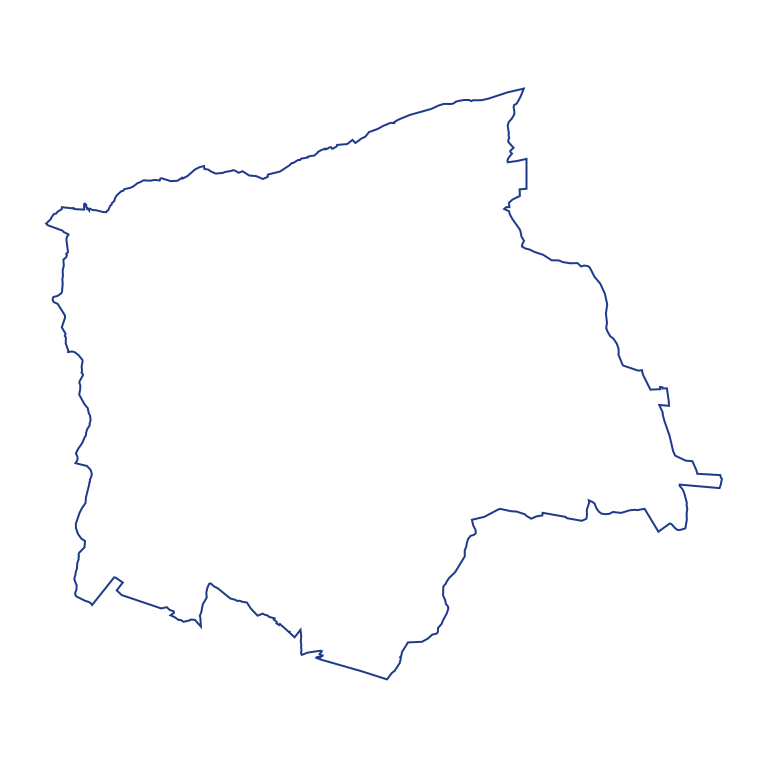 the district of Beceni, Buzau, Romania
{"feature_id": "2599482B57070891345270", "entity_name": "Beceni", "entity_type": "district", "adm_level": 2, "iso_a3": "ROU", "parent_name": "Romania", "parent_adm1": "Buzau", "projection": "natural_earth1", "projection_center": [26.787, 45.38], "detail": "fine", "context": "isolated", "style": "outline", "palette": "blue", "viewbox_px": 768, "rotation_deg": 0, "n_neighbors": 0, "source": "geoboundaries", "source_scale": "gbopen_adm2", "svg_char_len": 5991}
<svg xmlns="http://www.w3.org/2000/svg" viewBox="0 0 768 768"><path d="M436.7,633.6L437.9,631.9L438.0,628.1L441.8,623.6L442.8,620.7L446.8,613.3L448.3,608.8L448.1,606.7L445.9,603.9L445.1,599.9L443.1,595.6L443.3,586.6L446.0,583.3L446.8,581.4L449.1,578.0L455.2,572.1L464.8,556.3L464.7,550.6L466.3,546.5L466.8,543.1L468.1,539.1L470.5,535.9L474.0,534.8L475.8,533.2L475.5,529.8L473.3,525.6L471.9,519.8L484.4,516.8L498.4,509.4L500.3,508.9L511.0,511.2L516.7,511.6L524.9,514.3L526.1,515.6L531.1,518.7L536.5,516.4L542.4,515.4L542.6,512.8L565.7,516.9L566.4,517.9L567.6,518.3L581.8,520.8L586.3,518.8L586.5,518.2L587.0,514.7L586.8,509.7L589.3,502.4L588.8,500.4L592.3,501.9L594.6,503.6L596.4,508.2L598.7,511.5L601.4,513.6L605.3,514.2L609.5,513.8L612.8,512.0L621.1,512.9L629.7,510.3L634.5,509.8L637.5,510.1L644.6,508.8L658.4,531.7L669.6,523.6L670.5,523.6L672.0,524.6L674.6,527.7L677.6,530.0L680.4,529.9L685.4,528.3L686.8,519.7L686.6,513.6L687.3,508.8L686.6,505.2L686.8,502.6L684.0,492.4L682.3,488.9L679.6,485.8L679.7,484.6L719.5,488.1L720.7,484.9L721.9,479.0L720.8,477.2L720.3,475.1L697.3,473.8L696.5,470.5L692.4,461.2L685.6,460.6L675.1,455.6L673.1,451.0L669.6,435.9L664.3,420.6L662.7,414.5L662.8,412.8L659.3,405.0L669.0,405.8L668.7,400.7L666.9,388.4L662.7,388.4L662.4,387.3L660.0,387.0L660.3,389.2L650.4,389.6L643.3,375.4L642.3,372.3L642.1,370.2L638.0,370.6L623.3,365.6L622.6,364.9L618.4,354.4L618.7,352.7L618.5,348.5L616.8,343.7L613.4,338.6L610.2,336.2L607.6,331.7L606.2,328.0L607.0,322.7L605.9,313.8L607.2,304.3L604.9,293.8L600.2,283.5L594.5,276.8L589.8,267.6L588.5,266.4L585.6,265.7L583.7,265.7L581.2,266.5L577.5,263.1L570.4,263.3L562.8,262.1L558.8,260.4L551.7,260.3L543.2,254.8L534.9,252.1L529.5,249.5L525.4,248.5L521.9,246.5L522.1,244.9L524.0,240.8L521.5,236.6L520.5,231.5L519.7,229.3L512.5,219.2L509.9,214.5L509.0,211.2L504.2,209.0L506.3,207.1L509.4,207.1L508.9,202.9L512.4,199.6L519.9,195.9L519.6,189.4L526.5,188.7L526.5,158.9L517.0,161.0L507.7,162.3L507.5,160.4L508.4,158.0L512.0,153.6L510.4,152.0L510.2,151.0L513.5,147.8L508.3,141.9L508.2,140.5L509.2,137.9L508.5,135.4L508.9,133.8L507.7,125.5L508.7,122.1L511.8,118.6L514.3,114.3L514.3,110.9L513.6,107.3L514.0,105.2L516.8,103.5L520.5,96.8L523.8,88.6L507.7,92.3L488.2,98.7L481.5,100.2L472.8,100.3L471.3,101.1L469.1,100.0L464.1,100.0L458.1,101.0L455.4,101.9L454.0,103.2L451.4,104.0L444.0,103.9L438.6,105.5L431.4,108.9L409.9,114.9L398.5,119.6L394.1,122.2L394.2,123.1L390.7,122.8L383.2,125.9L377.8,128.9L369.0,132.1L365.1,136.9L361.9,138.2L355.4,143.0L352.5,139.9L347.1,144.1L337.1,144.9L336.9,146.2L332.9,148.7L332.0,148.6L331.3,147.3L329.4,147.4L327.5,148.7L325.4,149.3L325.3,148.6L322.0,149.8L318.2,151.7L318.1,152.3L314.3,155.5L309.2,156.3L307.6,156.9L307.7,157.5L301.0,158.7L300.3,159.9L297.9,160.1L293.2,163.0L291.7,163.1L289.5,165.3L279.9,171.6L268.4,174.4L267.7,174.9L267.8,176.8L263.0,179.0L256.2,176.1L249.2,175.5L242.5,171.2L238.6,172.8L235.0,170.6L232.5,170.2L231.8,170.8L224.9,172.0L222.9,172.9L215.6,173.6L210.1,171.0L208.6,169.7L204.3,168.8L204.1,166.1L203.2,166.2L199.5,167.2L195.0,169.5L187.4,176.1L182.5,178.6L182.1,177.7L177.4,180.8L170.4,181.1L161.6,178.2L160.3,178.6L159.7,180.5L154.7,179.9L150.2,180.7L143.5,180.3L139.5,182.5L137.7,183.0L133.2,186.5L130.2,187.9L124.4,189.1L123.2,190.8L121.3,191.2L116.7,195.4L114.9,198.5L114.4,200.8L111.8,203.3L111.6,204.7L110.1,206.0L108.1,210.5L106.9,211.0L106.2,212.2L103.4,212.1L95.9,210.2L92.9,210.1L89.6,208.6L89.1,208.7L89.1,210.3L88.5,209.5L86.9,208.9L87.3,207.9L86.1,206.8L86.3,204.9L84.9,203.6L84.1,204.1L84.1,209.6L74.5,209.1L73.6,208.7L73.9,208.4L73.1,207.9L72.2,208.3L61.9,207.2L61.7,209.2L57.6,211.7L56.2,213.5L53.9,214.1L51.6,217.1L50.7,219.2L46.1,223.6L47.9,225.3L62.5,230.6L63.6,232.0L68.4,234.3L68.5,234.9L66.9,236.8L66.4,239.7L68.0,252.1L66.2,254.0L66.9,255.2L66.1,257.3L63.4,259.7L63.8,265.6L62.7,270.2L62.9,276.3L62.3,279.3L62.7,283.6L62.0,292.0L61.1,293.5L57.4,296.0L53.6,296.9L52.9,297.9L52.7,300.3L53.7,302.0L57.8,304.0L65.0,315.6L64.9,318.1L61.8,327.3L65.6,333.9L64.7,335.9L65.9,337.6L65.7,343.3L68.3,350.8L68.1,352.0L72.2,351.5L74.9,352.3L78.6,355.2L82.4,359.9L82.6,361.5L81.6,366.7L82.1,371.0L81.5,372.6L82.9,374.2L82.9,375.3L79.5,381.5L79.3,382.6L80.3,385.3L80.2,389.0L79.2,394.7L84.7,404.6L87.6,407.9L88.8,413.2L90.0,415.5L90.6,420.2L89.6,423.5L89.7,425.4L87.2,429.1L86.0,433.2L86.1,434.5L85.6,436.1L84.7,437.2L82.2,443.1L78.3,448.6L75.9,453.3L77.5,456.9L77.6,458.7L77.1,460.6L75.5,463.2L87.0,466.0L90.6,469.9L91.8,473.9L91.3,476.6L89.8,480.0L90.0,481.8L89.3,482.8L89.2,484.4L86.0,497.2L85.5,503.0L82.0,508.1L79.7,512.5L75.8,523.8L76.0,528.2L78.0,534.0L81.3,538.6L85.0,541.0L84.5,547.3L79.3,552.6L78.5,554.9L79.0,556.4L78.4,557.7L78.7,559.2L77.4,562.6L76.9,568.7L75.9,571.4L75.3,575.3L74.5,577.7L74.4,579.7L76.6,585.2L76.5,589.3L75.1,593.3L75.4,594.9L76.5,596.5L85.1,600.8L89.2,602.1L90.9,603.3L92.1,605.0L114.2,577.3L115.7,577.7L122.8,582.5L116.7,590.4L121.8,595.1L161.1,608.4L166.8,607.2L169.5,609.8L173.8,611.5L173.9,612.9L170.5,615.3L174.6,617.1L178.6,620.0L180.5,619.9L183.5,621.8L189.3,620.5L190.6,619.6L194.8,619.8L200.9,626.6L200.4,617.8L199.8,616.0L201.3,612.2L202.8,604.3L206.7,597.6L206.3,592.6L207.4,587.8L209.1,583.9L210.7,583.4L213.9,586.3L217.9,588.4L230.3,598.5L235.3,599.8L237.1,600.9L239.8,600.8L242.7,601.9L246.9,602.5L250.7,608.4L257.6,615.7L262.6,613.6L265.4,615.0L267.7,615.4L268.7,616.7L274.6,618.4L273.8,619.6L276.6,621.7L277.0,623.0L276.6,623.4L279.1,625.1L279.9,624.0L288.6,631.7L289.5,631.8L289.2,632.3L294.6,637.3L300.5,629.8L301.2,636.5L300.8,642.3L301.3,644.3L301.1,647.6L301.5,649.2L301.1,653.5L301.8,654.9L307.7,652.6L321.3,650.6L320.7,651.0L320.9,651.8L321.6,651.5L321.4,652.1L319.5,654.1L320.9,655.3L323.4,655.4L321.3,656.4L320.3,657.6L319.8,657.5L319.9,656.9L318.5,656.8L317.1,657.0L316.3,657.8L321.2,659.7L362.0,671.4L387.0,679.4L391.9,672.9L394.6,670.9L399.7,663.1L400.9,658.0L400.1,657.3L401.2,656.0L402.0,652.1L408.0,642.4L422.0,641.8L428.0,638.5L432.1,634.7L436.7,633.6Z" fill="none" stroke="#1e3a8a" stroke-width="2"/></svg>